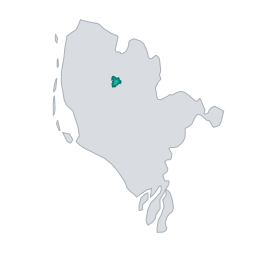 Zwolle, Overijssel, Netherlands (highlighted), rotated 282°
{"feature_id": "6326949B35922882821703", "entity_name": "Zwolle", "entity_type": "district", "adm_level": 2, "iso_a3": "NLD", "parent_name": "Netherlands", "parent_adm1": "Overijssel", "projection": "equal_earth", "projection_center": [6.14, 52.514], "detail": "fine", "context": "in_parent", "style": "filled", "palette": "teal", "viewbox_px": 256, "rotation_deg": 282, "n_neighbors": 0, "source": "geoboundaries", "source_scale": "gbopen_adm2", "svg_char_len": 4649}
<svg xmlns="http://www.w3.org/2000/svg" viewBox="0 0 256 256"><g transform="rotate(282 128 128)"><path d="M164.5,218.1L159.4,218.0L154.6,217.8L152.1,217.5L149.4,216.6L148.1,214.6L146.7,212.1L147.1,210.7L151.6,206.5L152.2,205.3L151.8,204.7L152.2,202.9L155.7,196.7L156.1,194.2L154.6,192.4L152.4,191.4L145.2,189.6L141.8,187.0L140.2,184.7L138.6,184.0L136.2,184.8L130.3,185.7L125.4,184.4L119.7,180.2L118.4,176.3L117.7,173.4L116.3,172.4L114.4,173.9L111.9,176.3L107.1,176.6L105.7,176.0L105.5,174.7L105.3,173.4L103.9,171.9L102.5,171.0L96.4,175.4L94.1,175.4L91.3,173.7L89.9,172.0L86.7,173.0L83.9,175.0L84.8,178.8L83.3,179.5L79.8,179.2L75.9,177.6L71.6,176.7L65.0,174.0L55.7,176.2L49.3,173.6L43.9,173.3L40.7,171.3L37.1,167.8L39.7,165.6L42.2,164.8L52.0,164.4L59.0,165.7L71.7,173.2L75.0,173.2L78.4,172.2L76.7,170.2L73.5,169.2L68.8,167.2L65.0,164.4L73.9,163.5L72.7,162.0L71.6,159.5L62.3,150.8L63.9,148.5L66.4,143.4L69.4,139.3L71.7,138.1L75.6,135.2L84.1,126.5L89.4,119.5L93.5,111.2L99.5,88.3L101.2,84.4L104.0,80.1L107.5,80.9L109.9,82.2L118.5,78.9L133.2,70.5L137.6,63.2L141.9,59.9L158.7,53.3L168.0,51.3L182.4,50.8L192.7,49.7L205.2,49.2L209.9,53.3L212.7,56.3L217.1,57.9L224.0,59.0L223.6,64.9L223.8,76.5L223.3,78.6L220.2,83.5L217.0,92.3L216.1,98.1L215.2,99.3L202.0,99.2L200.2,100.2L199.9,101.5L200.6,103.0L200.3,104.5L199.2,105.7L199.8,107.6L202.1,109.8L206.3,111.2L210.7,111.3L213.0,111.1L214.7,112.6L216.4,115.1L216.2,118.1L215.6,122.2L213.5,126.0L207.5,130.4L204.8,131.9L202.2,132.7L201.0,133.9L200.4,135.3L200.6,136.6L204.9,140.1L204.8,140.9L203.6,142.8L201.9,144.5L190.7,148.1L186.1,147.8L183.5,149.6L182.6,149.9L179.7,148.3L173.2,146.4L170.7,147.0L169.4,148.1L165.2,149.3L162.3,151.3L162.3,153.9L167.5,160.4L169.3,161.7L169.4,164.2L171.9,167.3L174.5,171.1L174.8,173.6L174.5,176.1L173.2,179.6L168.6,187.9L168.6,189.5L169.0,190.7L170.5,191.1L171.7,191.7L171.4,192.8L162.9,198.6L161.8,199.6L158.2,199.3L157.7,200.3L158.1,201.8L159.5,203.2L162.6,203.9L165.2,205.4L167.3,208.2L164.5,218.1ZM75.9,177.6L75.2,180.0L73.2,182.7L66.5,186.5L59.5,189.0L55.9,188.7L53.5,187.3L52.2,186.0L48.5,184.6L43.4,184.0L40.2,185.4L38.0,186.8L36.0,186.5L34.5,185.4L33.4,183.7L32.0,178.2L35.8,177.2L44.0,176.8L50.4,178.7L58.7,179.6L65.1,177.0L70.2,179.3L75.9,177.6ZM62.4,155.3L67.2,158.7L68.2,159.8L68.6,161.0L62.3,162.4L55.8,158.2L51.4,159.2L49.8,157.2L49.8,155.9L54.4,154.9L62.4,155.3ZM109.9,72.1L105.0,76.5L102.0,75.3L101.1,74.3L102.7,70.8L110.0,65.1L109.9,72.1ZM131.7,52.6L127.1,53.1L125.1,52.3L136.2,49.8L143.2,49.1L144.4,49.4L131.7,52.6ZM161.5,48.1L151.8,49.1L148.5,48.4L147.9,47.7L150.6,47.3L158.9,47.1L161.4,47.8L161.5,48.1ZM121.0,57.4L111.8,62.0L111.1,61.3L117.0,57.3L121.0,57.4ZM201.1,40.5L196.6,40.7L197.9,39.1L202.1,37.9L204.4,37.9L201.1,40.5ZM181.4,45.0L174.5,47.0L172.8,46.6L173.2,46.0L179.3,44.7L181.4,45.0Z" fill="#d9dde1" stroke="#a8b0b8" stroke-width="1"/><path d="M174.9,102.3L174.6,102.3L174.3,102.3L174.0,102.1L173.8,102.1L172.2,102.3L172.3,102.4L172.5,102.4L172.7,102.5L172.8,102.7L172.8,102.9L173.2,103.5L171.9,104.3L171.7,104.2L171.4,104.1L171.2,104.0L170.9,104.0L170.7,104.0L170.7,103.9L170.4,103.8L170.4,103.7L170.4,103.4L170.1,103.4L169.9,103.6L169.8,103.8L169.7,103.9L169.7,104.0L169.3,104.3L169.2,104.3L168.9,104.2L168.7,104.1L168.6,103.9L168.4,103.9L168.2,103.7L168.1,103.4L166.6,103.9L165.8,104.1L165.1,104.4L165.2,104.7L165.3,104.7L165.3,104.8L165.6,104.9L165.9,105.0L166.2,105.1L166.4,105.2L166.4,105.6L166.4,105.9L166.2,105.9L165.8,106.0L165.7,106.1L165.6,106.3L165.7,106.5L165.8,106.6L165.9,106.8L166.1,106.9L166.4,107.0L166.7,107.1L166.9,107.2L167.0,107.2L167.1,107.3L167.5,107.6L167.8,107.8L167.9,108.0L168.0,108.2L168.0,108.3L168.2,108.5L168.3,108.6L168.5,108.7L168.6,108.8L168.8,108.8L169.1,108.9L169.2,109.0L169.3,109.0L169.5,109.1L169.8,109.4L169.8,109.5L170.0,109.7L170.0,109.9L170.0,110.0L170.0,110.3L170.1,110.5L170.0,110.8L170.0,111.0L170.3,111.3L170.5,111.3L170.5,111.2L170.8,111.2L171.0,111.2L171.5,111.2L171.7,111.3L171.8,111.3L171.8,111.2L172.0,111.1L172.3,111.0L172.3,110.9L172.4,110.7L172.5,110.7L172.6,110.4L172.5,110.2L172.4,110.1L172.5,110.0L172.4,110.0L172.4,109.9L172.2,109.7L172.4,109.4L172.5,109.4L173.0,109.2L173.3,109.1L173.5,109.0L173.6,108.9L173.6,109.0L173.7,108.9L173.9,108.9L174.0,108.9L174.3,108.8L174.4,108.7L174.5,108.7L174.5,108.4L174.7,108.2L174.8,108.2L174.8,107.9L174.7,107.8L174.5,107.7L174.4,107.7L174.2,107.6L174.2,107.4L174.0,107.2L173.6,106.6L173.5,106.4L173.8,106.4L174.0,106.4L174.2,106.2L174.3,106.0L174.3,105.9L174.5,105.6L174.3,105.3L174.4,105.1L174.5,105.1L174.6,104.8L174.7,104.7L175.1,103.9L175.4,103.3L175.1,102.9L175.1,102.7L174.9,102.3Z" fill="#14b8a6" stroke="#0f766e" stroke-width="1.5"/></g></svg>